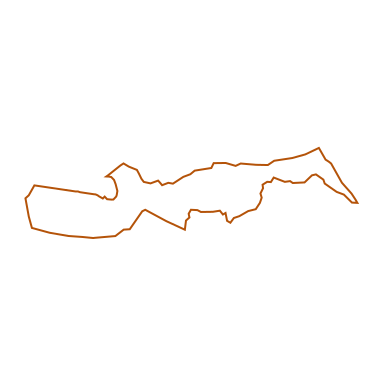 outline of Jefferson, Louisiana, United States of America, rotated 274°
{"feature_id": "52423323B43258201859657", "entity_name": "Jefferson", "entity_type": "district", "adm_level": 2, "iso_a3": "USA", "parent_name": "United States of America", "parent_adm1": "Louisiana", "projection": "mercator", "projection_center": [-90.097, 29.677], "detail": "fine", "context": "isolated", "style": "outline", "palette": "amber", "viewbox_px": 384, "rotation_deg": 274, "n_neighbors": 0, "source": "geoboundaries", "source_scale": "gbopen_adm2", "svg_char_len": 1573}
<svg xmlns="http://www.w3.org/2000/svg" viewBox="0 0 384 384"><g transform="rotate(274 192 192)"><path d="M153.9,187.5L163.1,188.0L166.4,191.2L170.1,190.2L174.2,192.2L174.3,198.7L172.7,202.3L173.7,214.2L175.3,221.1L171.7,224.4L173.4,226.9L165.7,229.0L164.0,232.4L169.0,235.6L171.2,240.9L176.9,249.4L179.3,256.8L185.9,260.5L191.2,261.9L195.3,260.4L200.7,262.6L204.2,261.9L207.4,266.3L207.4,270.0L212.1,272.5L208.6,283.9L209.7,289.1L208.0,291.9L209.4,303.6L217.0,310.5L218.2,314.4L213.5,322.2L209.7,323.8L202.2,336.3L200.0,343.7L192.6,352.3L192.7,357.7L195.7,355.7L201.5,351.3L211.7,340.9L230.1,328.8L231.7,326.5L232.7,324.7L233.6,323.0L244.8,315.5L237.4,302.4L232.9,289.7L228.9,271.8L224.2,265.8L223.6,254.1L223.8,238.6L221.1,233.7L223.3,223.6L222.3,211.6L217.3,209.6L213.5,193.2L209.6,189.1L206.5,182.3L199.0,172.4L199.5,167.7L196.7,161.7L199.0,159.5L201.0,157.4L197.7,150.0L198.7,143.2L201.7,140.6L206.4,137.9L210.2,135.5L212.9,127.2L215.7,121.7L213.9,119.3L212.8,118.0L211.5,116.6L203.7,108.1L202.7,107.0L201.5,105.5L201.5,106.3L201.6,107.5L201.3,110.4L198.6,113.4L194.4,115.3L187.8,117.5L183.7,117.1L182.2,116.7L179.0,114.1L178.8,112.2L178.9,107.8L180.1,106.5L181.3,105.2L179.3,103.5L179.7,102.7L181.2,99.5L182.1,98.1L182.6,96.8L182.9,95.7L182.9,94.5L183.4,87.8L184.0,80.2L184.6,78.2L184.4,75.9L187.6,34.3L177.3,29.4L174.1,26.3L156.1,30.9L145.0,34.8L141.4,52.9L139.5,71.9L139.5,72.1L139.5,80.2L139.5,85.6L139.2,96.7L139.5,98.2L142.7,118.6L149.7,126.5L150.5,132.5L169.3,143.7L171.0,146.6L161.1,168.5L153.9,187.5Z" fill="none" stroke="#b45309" stroke-width="2"/></g></svg>